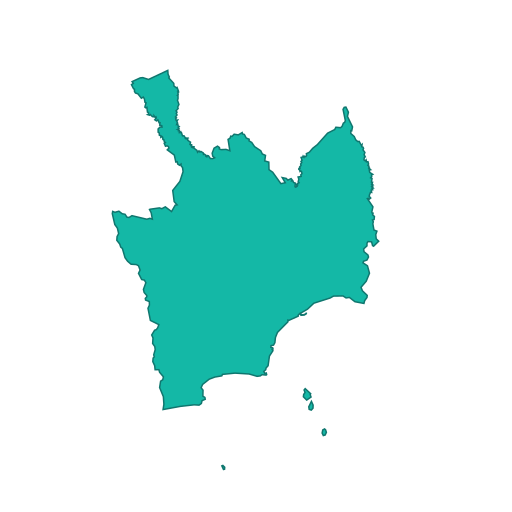 Klaeng, Rayong, Thailand, rotated 347°
{"feature_id": "78962969B40888142267385", "entity_name": "Klaeng", "entity_type": "district", "adm_level": 2, "iso_a3": "THA", "parent_name": "Thailand", "parent_adm1": "Rayong", "projection": "natural_earth1", "projection_center": [101.666, 12.768], "detail": "fine", "context": "isolated", "style": "filled", "palette": "teal", "viewbox_px": 512, "rotation_deg": 347, "n_neighbors": 0, "source": "geoboundaries", "source_scale": "gbopen_adm2", "svg_char_len": 6121}
<svg xmlns="http://www.w3.org/2000/svg" viewBox="0 0 512 512"><g transform="rotate(347 256 256)"><path d="M371.0,146.2L369.0,149.1L367.3,150.0L362.8,148.5L361.1,150.5L353.4,152.4L340.8,161.3L335.5,163.8L331.3,166.9L328.1,167.6L328.0,169.4L326.8,170.4L325.9,169.7L325.0,170.7L324.4,169.2L323.8,170.1L322.1,170.1L322.4,173.1L321.1,174.0L321.6,175.2L320.2,176.4L320.2,178.0L318.6,179.0L318.7,180.3L317.5,180.3L317.2,181.3L318.0,182.0L317.9,183.6L318.9,183.4L319.4,184.3L319.3,186.1L317.9,187.0L317.9,188.6L314.8,188.5L315.0,190.7L313.8,193.2L314.4,194.3L312.8,194.7L312.6,195.9L311.3,195.1L311.8,197.3L310.2,197.9L309.6,197.3L310.7,193.8L309.1,192.8L308.8,190.9L307.6,190.8L308.3,189.9L307.6,188.5L304.1,189.2L302.9,187.2L299.2,185.5L301.0,191.2L296.5,191.1L291.1,178.1L288.1,174.8L289.6,167.4L285.9,165.3L287.9,160.1L285.1,158.0L284.3,154.5L279.2,149.1L277.4,144.4L275.1,142.2L275.6,140.7L273.0,138.8L272.0,135.0L270.3,134.0L270.3,132.6L266.0,134.0L262.1,132.4L259.6,134.1L258.4,133.5L257.1,135.4L255.0,136.1L254.2,147.6L250.8,145.4L245.9,144.5L244.3,143.4L244.8,142.1L243.2,140.3L239.4,141.5L236.4,146.0L236.3,149.0L237.8,151.0L235.8,151.4L233.5,150.8L232.2,147.7L231.0,147.1L230.4,148.3L229.6,147.7L229.5,146.1L228.5,145.0L227.7,145.2L227.8,143.7L225.8,141.7L224.8,142.1L224.1,140.7L222.4,141.8L222.2,139.8L219.8,137.0L220.2,135.6L218.7,135.2L219.5,136.0L218.9,136.3L217.9,135.6L218.6,134.9L217.7,133.7L218.2,133.1L216.8,132.4L217.8,130.4L215.5,127.9L216.0,125.8L214.3,126.2L213.9,125.7L215.1,125.6L213.7,124.9L212.9,122.7L211.4,122.4L211.1,118.9L210.0,118.8L210.3,118.1L209.1,118.3L209.6,116.6L208.6,116.4L209.1,115.5L208.1,115.0L209.6,114.6L209.1,113.3L210.3,112.6L209.3,111.6L209.5,110.0L208.3,110.0L209.5,108.3L209.1,107.0L210.2,105.9L208.7,105.8L208.6,104.1L209.6,103.5L208.8,102.4L210.8,100.8L210.3,99.2L211.4,98.1L210.7,96.6L213.3,94.8L213.2,93.2L215.0,91.0L214.5,86.6L215.4,85.2L216.1,82.1L215.6,81.8L216.5,81.1L216.6,79.3L217.5,78.8L216.8,77.8L217.5,77.5L217.0,74.0L216.3,74.3L214.3,71.9L214.7,69.3L211.1,62.9L211.8,62.1L211.2,59.1L211.8,55.3L191.0,59.8L185.8,56.7L183.2,56.4L174.5,58.2L175.3,60.2L173.2,61.0L174.3,65.5L175.1,66.1L174.6,68.4L175.2,70.1L177.4,71.4L179.8,76.5L181.9,75.8L182.6,77.8L182.4,81.3L183.3,82.0L181.2,85.9L182.0,86.9L183.1,86.6L182.6,91.4L183.5,92.0L183.2,93.7L182.3,93.9L184.0,94.9L184.8,94.4L186.4,96.9L188.0,97.5L188.2,96.5L189.1,98.6L189.8,98.1L189.9,99.1L188.0,100.5L189.4,102.0L191.0,101.3L191.6,104.5L192.4,104.6L191.6,106.9L193.5,107.8L193.4,109.3L191.4,108.8L189.2,110.2L188.5,113.4L189.4,114.3L189.0,116.6L190.4,117.5L190.0,118.9L191.3,118.5L191.7,119.2L191.5,121.5L192.3,121.9L192.4,124.0L193.2,125.0L191.9,125.5L192.5,128.7L194.2,128.7L195.3,129.7L195.4,131.3L193.4,132.6L199.1,139.3L199.0,146.4L200.4,146.4L200.4,148.8L201.9,150.4L203.6,149.6L203.3,151.3L204.3,153.3L203.9,157.4L198.6,166.2L189.6,173.4L188.5,184.6L190.6,188.4L188.7,188.3L183.7,193.7L178.7,187.7L174.9,188.7L172.7,187.4L163.4,186.6L162.7,186.7L163.6,190.3L163.3,196.8L161.1,195.4L157.9,195.6L144.2,188.8L141.0,189.9L139.0,189.2L137.8,185.9L135.1,184.7L132.5,181.5L128.4,181.7L126.4,180.3L125.5,182.4L125.5,193.6L127.2,197.6L127.2,203.3L125.0,205.8L123.9,209.4L125.9,213.7L126.2,216.9L127.5,218.6L128.0,228.2L129.7,232.2L132.4,235.9L137.4,237.4L139.3,239.0L139.9,243.6L137.6,246.5L139.3,253.2L141.8,254.4L142.7,257.2L138.8,263.2L138.8,266.4L140.7,270.0L140.4,271.2L138.6,272.4L138.5,274.1L141.8,276.4L141.1,279.9L139.0,282.6L138.6,295.0L145.9,301.0L144.0,303.9L142.3,305.3L140.5,305.5L136.6,309.5L137.2,312.7L135.6,318.0L137.0,321.4L136.7,324.6L134.1,329.3L134.2,331.4L132.8,332.3L131.7,335.7L132.6,340.1L132.1,344.1L135.8,344.9L135.9,347.6L138.6,352.9L137.3,355.6L134.9,356.5L132.5,362.5L134.1,372.2L132.9,379.7L130.9,384.7L148.4,385.5L162.3,387.1L167.0,388.5L169.6,387.4L170.9,384.8L174.3,384.2L174.4,382.3L172.7,380.6L174.2,374.8L172.9,372.0L175.1,369.1L182.7,365.5L188.7,364.7L195.7,365.1L196.7,363.8L209.2,365.4L222.7,369.4L230.0,373.5L233.2,373.8L235.1,373.0L239.1,374.3L239.7,374.0L239.7,372.3L238.2,372.3L237.6,370.2L239.9,369.0L240.5,367.5L243.1,365.6L246.6,356.5L251.2,352.1L250.7,350.6L251.7,350.4L251.6,349.2L249.9,348.4L250.5,346.7L253.0,346.8L254.9,344.7L256.6,339.8L259.7,335.3L272.3,327.3L272.7,325.6L273.6,326.1L283.6,324.1L283.8,323.1L285.9,321.8L286.5,323.9L289.7,324.4L291.8,323.7L292.5,322.6L291.4,323.6L288.6,324.0L286.7,323.0L286.1,321.9L294.2,319.4L301.8,315.0L318.8,313.6L322.5,312.5L331.8,314.5L334.3,317.1L337.7,317.4L342.1,322.8L350.5,326.5L351.8,324.0L354.8,321.4L355.5,319.4L351.9,313.9L351.3,310.1L357.7,305.4L362.7,298.3L362.4,290.6L358.7,286.7L359.6,285.3L363.2,284.9L365.4,282.3L365.3,280.2L362.2,276.1L362.5,273.3L366.4,271.1L367.0,268.5L368.4,267.1L371.8,268.2L371.9,272.1L372.8,272.9L378.9,269.2L377.0,266.3L377.5,262.1L379.4,259.0L376.8,257.2L377.1,250.8L378.0,249.1L377.6,247.1L379.3,247.0L380.3,244.1L378.9,242.1L379.7,240.6L378.8,240.1L378.8,239.0L381.0,234.4L377.4,225.1L378.3,225.0L378.7,226.3L380.8,225.3L379.7,223.2L380.4,221.8L381.9,219.7L383.0,220.1L383.1,217.7L384.6,217.7L384.2,216.2L385.5,216.2L384.4,214.5L385.3,214.4L384.8,212.6L385.9,212.9L385.3,211.5L386.1,210.4L385.1,210.0L386.5,206.5L385.3,205.6L386.7,204.5L386.7,203.0L388.1,202.7L385.6,200.1L385.7,197.7L387.0,197.7L385.7,196.2L386.4,195.9L385.8,194.7L386.3,193.9L385.4,192.8L386.4,191.7L386.3,189.3L384.8,189.1L384.9,187.1L383.8,187.8L382.8,186.6L383.8,184.2L384.8,184.0L384.1,181.6L385.4,179.6L384.1,176.6L385.0,175.4L384.8,174.1L383.6,173.3L384.3,171.5L383.6,172.0L382.3,167.5L380.9,167.4L379.3,165.2L378.6,161.7L375.9,157.9L376.6,155.2L377.4,155.6L379.1,151.9L376.5,140.6L378.4,136.7L377.1,131.1L375.4,131.0L373.8,132.7L373.5,144.1L372.5,145.7L371.0,146.2ZM273.0,407.8L277.9,405.8L277.6,403.2L278.3,402.5L274.1,396.3L272.7,397.4L273.1,400.0L271.3,401.6L270.5,403.8L273.0,407.8ZM275.2,418.6L277.3,417.1L278.1,414.1L277.3,410.1L273.5,414.8L273.3,417.4L275.2,418.6ZM283.1,446.0L284.9,443.7L284.7,441.0L283.9,439.9L281.9,440.5L280.6,443.4L281.2,446.1L283.1,446.0ZM177.4,456.7L178.0,454.8L176.6,452.6L175.5,452.8L176.3,456.7L177.4,456.7Z" fill="#14b8a6" stroke="#0f766e" stroke-width="1.5"/></g></svg>